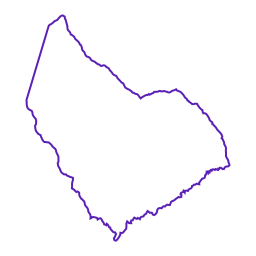 Tacuru, Mato Grosso do Sul, Brazil (Equal Earth projection)
{"feature_id": "56859067B8752600934305", "entity_name": "Tacuru", "entity_type": "district", "adm_level": 2, "iso_a3": "BRA", "parent_name": "Brazil", "parent_adm1": "Mato Grosso do Sul", "projection": "equal_earth", "projection_center": [-54.957, -23.634], "detail": "fine", "context": "isolated", "style": "outline", "palette": "violet", "viewbox_px": 256, "rotation_deg": 0, "n_neighbors": 0, "source": "geoboundaries", "source_scale": "gbopen_adm2", "svg_char_len": 5086}
<svg xmlns="http://www.w3.org/2000/svg" viewBox="0 0 256 256"><path d="M64.7,16.6L63.5,15.9L62.7,15.4L61.3,15.8L60.3,16.5L59.6,17.3L58.7,18.2L57.8,19.3L57.1,20.1L55.9,20.6L54.7,21.0L53.6,22.1L52.6,23.0L50.9,24.2L49.8,24.8L48.9,25.5L48.1,27.8L26.5,100.0L26.6,101.6L26.7,103.8L26.9,105.9L27.3,107.1L27.8,108.3L29.0,109.4L29.9,110.0L31.1,110.5L32.0,111.2L32.4,112.8L32.8,115.0L33.6,116.3L34.6,117.7L35.6,118.7L36.2,120.4L36.1,121.9L36.1,124.0L35.0,125.9L35.3,128.3L35.7,130.3L36.5,131.8L37.5,132.9L38.2,133.9L39.2,134.4L40.7,135.3L41.2,137.2L41.9,138.5L42.5,139.9L43.5,141.3L44.4,142.0L45.6,142.0L46.6,142.2L47.7,142.4L48.7,142.4L50.0,143.5L51.4,144.8L52.3,146.2L53.2,147.1L54.1,148.0L55.2,148.8L55.9,150.1L56.2,151.6L56.7,153.0L57.4,154.4L58.2,156.0L58.5,157.6L58.4,158.9L58.5,160.3L58.4,161.7L57.7,163.1L58.0,164.8L58.2,166.0L58.9,167.2L59.8,168.7L60.5,170.7L61.5,172.5L62.9,173.6L64.1,174.4L65.8,174.3L67.0,175.6L68.4,176.1L69.8,176.8L71.5,177.3L73.0,177.9L72.9,180.1L72.3,182.2L72.0,184.1L72.1,186.2L71.9,188.4L73.6,189.4L74.4,190.0L75.3,191.1L76.4,192.0L77.2,191.5L78.3,191.9L79.2,192.8L79.2,194.5L79.5,195.9L80.4,197.4L81.2,198.7L82.2,199.3L83.0,200.3L84.0,201.2L84.7,202.8L84.8,204.2L85.4,205.6L86.3,206.7L87.3,207.8L88.0,209.4L88.5,212.0L89.8,213.8L90.3,214.9L90.7,216.6L90.5,218.4L91.4,218.0L92.3,217.1L93.3,217.0L94.6,217.3L95.9,217.5L97.3,218.2L97.6,219.5L99.2,218.5L100.5,218.3L101.7,219.5L102.1,220.8L103.4,222.3L104.2,224.4L105.1,224.6L106.3,225.2L106.7,223.8L107.7,224.5L108.5,225.7L108.9,227.0L110.2,227.5L110.4,228.9L111.2,229.7L111.9,230.6L112.7,231.6L114.0,232.4L115.1,232.4L116.1,234.0L115.4,235.5L114.9,236.9L113.9,238.3L114.2,239.8L115.2,240.6L116.3,240.5L117.2,239.5L118.4,238.0L119.1,236.9L120.2,235.0L120.4,232.8L121.7,233.1L123.0,232.6L123.9,231.6L124.9,230.2L126.2,228.8L126.4,226.5L126.4,225.2L126.4,223.4L127.2,221.4L128.1,222.2L129.0,223.1L130.2,223.2L131.2,223.2L130.8,221.8L131.2,220.5L132.8,220.3L133.5,218.6L134.3,217.6L135.9,218.6L136.9,218.9L137.7,217.9L138.6,218.3L139.9,219.2L140.6,217.3L141.8,216.7L143.4,216.4L144.5,214.7L146.2,213.7L146.8,212.2L147.6,211.0L148.6,211.7L149.7,212.8L150.9,212.6L152.0,212.9L152.7,214.5L154.2,215.1L155.7,214.0L157.0,212.1L157.3,209.7L158.4,208.4L159.8,208.0L161.7,208.2L162.4,207.2L163.5,206.3L165.0,206.5L166.0,205.4L167.2,204.7L168.9,205.0L169.9,205.0L170.4,203.8L170.9,202.1L172.2,201.1L173.5,200.7L174.4,200.1L176.1,198.7L177.5,197.8L178.5,196.9L179.9,197.3L181.2,197.0L181.5,195.1L180.5,194.2L181.1,192.8L182.1,192.4L183.1,192.1L183.5,190.9L184.7,192.5L184.9,190.8L186.6,190.6L188.0,190.9L188.5,189.6L189.7,188.9L190.9,188.4L191.8,187.4L192.0,186.0L193.1,185.6L194.1,184.6L195.2,184.7L196.7,183.7L197.9,184.1L199.3,184.3L199.1,182.7L199.9,181.7L201.0,180.2L202.2,178.6L203.5,178.4L204.6,177.8L205.0,176.4L205.2,175.1L206.3,174.3L206.5,172.8L208.0,172.7L209.6,172.7L209.8,170.9L211.0,169.9L211.7,170.7L212.6,169.4L213.9,169.4L214.8,170.0L215.7,169.0L216.9,169.6L218.1,169.9L218.2,168.6L219.4,168.8L219.8,167.7L220.8,167.8L221.8,168.3L222.5,169.1L224.0,169.0L224.7,167.5L225.8,166.6L228.2,166.4L229.5,165.2L229.1,163.7L228.5,162.2L228.2,160.4L227.6,159.2L226.8,158.0L226.0,156.1L226.0,154.3L226.0,152.5L225.8,150.4L226.0,148.8L225.9,147.4L224.8,145.2L224.2,144.1L224.0,142.0L223.2,140.6L222.5,138.9L221.6,138.3L222.3,136.6L221.5,134.4L220.5,133.1L219.5,132.0L218.6,131.1L217.3,129.7L216.1,127.8L215.3,126.7L213.8,125.4L213.2,124.3L212.3,124.1L212.3,122.3L211.3,121.7L210.5,121.0L209.6,119.9L209.1,118.4L208.3,116.9L207.6,115.7L206.2,113.9L204.7,113.2L203.3,113.3L202.7,111.9L202.4,110.0L201.5,109.6L200.4,108.5L199.1,107.2L198.5,106.1L197.8,105.2L197.2,103.9L196.1,103.7L195.1,103.7L193.6,104.1L192.2,104.1L190.8,102.9L189.2,101.9L188.5,100.8L187.5,100.6L186.9,99.1L186.0,98.3L185.1,97.6L183.9,95.7L183.1,94.5L182.3,93.7L181.0,92.3L180.2,91.7L178.6,91.2L177.0,90.5L176.1,89.3L175.1,89.9L174.0,90.3L172.8,90.6L171.9,91.0L170.6,92.0L169.2,92.5L168.1,92.3L166.7,91.7L165.3,91.4L164.1,91.0L162.6,91.3L161.2,91.4L160.0,90.9L159.1,91.1L157.8,91.7L156.1,91.8L154.1,91.9L153.1,93.2L152.0,93.4L150.8,94.1L149.8,94.7L148.9,94.0L147.5,95.1L146.3,95.0L144.9,95.6L143.2,96.6L141.8,97.4L140.7,98.4L139.3,96.8L138.4,95.3L137.2,94.2L135.2,93.8L134.1,93.0L133.2,92.7L132.2,92.4L131.5,91.2L130.6,90.7L129.4,89.8L128.1,89.2L126.2,88.2L125.1,87.3L124.4,85.9L123.9,84.7L123.2,83.4L121.8,82.7L120.4,81.2L119.5,80.2L118.6,79.3L117.3,77.9L116.7,76.5L116.0,75.7L114.4,75.2L113.1,74.3L111.7,72.3L110.8,71.2L109.8,70.3L108.9,68.5L107.8,67.7L106.6,67.2L105.7,66.3L104.8,65.5L103.3,65.3L101.8,65.9L100.7,65.8L99.8,65.0L98.7,64.3L97.6,64.1L96.8,63.3L95.8,62.7L94.8,61.8L93.7,61.3L92.6,60.8L91.6,60.4L90.9,59.6L90.1,58.1L88.6,57.0L86.9,56.6L85.8,55.5L84.9,53.7L84.3,52.0L83.3,51.1L82.3,50.0L82.0,48.3L81.5,46.4L80.9,45.1L79.8,44.4L79.2,42.7L78.1,41.5L77.1,40.6L76.3,39.9L75.4,39.1L74.4,37.3L73.6,36.2L72.0,35.1L70.7,34.4L70.3,32.9L69.4,31.5L68.3,30.5L67.6,29.2L67.4,27.6L67.4,26.1L66.9,24.6L66.5,22.9L66.0,21.3L65.7,19.8L64.9,18.6L64.7,16.6ZM208.0,172.7L207.1,171.5L208.1,171.4L208.0,172.7Z" fill="none" stroke="#5b21b6" stroke-width="2"/></svg>